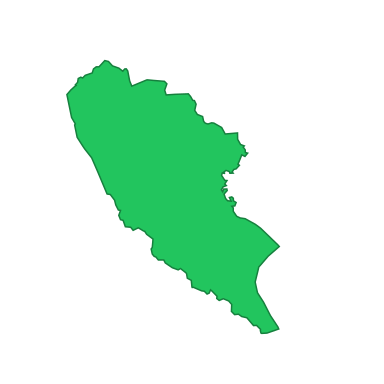 Añasco, Puerto Rico (Albers equal-area conic projection), rotated 229°
{"feature_id": "32010507B40456711023422", "entity_name": "Añasco", "entity_type": "district", "adm_level": 2, "iso_a3": "PRI", "parent_name": "Puerto Rico", "parent_adm1": "", "projection": "albers", "projection_center": [-67.133, 18.283], "detail": "fine", "context": "isolated", "style": "filled", "palette": "green", "viewbox_px": 384, "rotation_deg": 229, "n_neighbors": 0, "source": "geoboundaries", "source_scale": "gbopen_adm2", "svg_char_len": 2402}
<svg xmlns="http://www.w3.org/2000/svg" viewBox="0 0 384 384"><g transform="rotate(229 192 192)"><path d="M327.2,150.0L319.9,148.6L319.6,147.4L308.6,141.2L298.3,139.7L295.1,139.3L283.6,138.7L269.3,134.2L246.2,126.6L243.7,128.7L236.6,128.2L232.3,126.0L226.7,124.6L225.0,126.0L222.4,121.4L218.0,119.9L215.8,121.4L209.5,118.9L205.6,122.6L201.7,122.4L200.2,128.0L194.5,129.8L193.3,130.5L189.8,130.0L182.1,131.7L179.9,129.5L176.2,125.6L175.8,123.8L171.2,121.3L168.2,121.2L166.7,122.1L162.8,122.0L159.2,126.1L156.0,125.3L147.7,127.5L142.3,130.5L141.8,133.1L135.0,134.4L133.9,134.3L130.0,131.9L125.8,133.5L120.3,129.6L119.8,129.5L119.2,130.5L111.1,134.4L109.0,136.2L105.1,136.4L104.4,138.6L106.0,141.8L103.8,142.1L96.9,142.5L95.4,140.8L92.3,141.4L90.9,145.6L85.7,148.2L81.1,148.2L76.0,143.4L71.5,143.7L69.3,146.9L65.4,147.8L61.1,150.9L50.8,150.8L49.0,153.2L43.4,153.6L42.6,152.7L40.3,151.5L39.6,151.8L36.3,156.1L31.7,167.6L34.2,168.4L34.6,168.4L45.8,169.9L46.8,170.0L49.4,170.6L61.9,173.7L72.9,175.3L75.9,176.9L79.9,179.1L82.6,180.6L89.4,190.2L91.6,193.2L91.9,195.8L93.6,207.4L93.6,212.1L93.6,221.6L93.6,222.1L95.7,222.1L119.7,220.0L126.0,218.6L137.0,214.6L139.6,212.4L140.7,211.4L144.3,209.8L150.4,210.5L152.9,212.7L155.1,212.7L153.4,215.2L155.1,218.4L158.2,217.5L160.2,219.1L162.2,218.8L163.3,216.6L159.4,215.5L162.1,213.1L165.1,213.1L169.4,214.8L170.0,219.5L171.4,220.3L173.4,217.8L172.0,215.3L174.4,215.6L175.5,218.9L174.3,222.1L176.6,222.0L177.7,225.9L179.3,224.4L185.1,225.2L186.5,227.3L184.3,229.1L186.2,228.6L186.0,231.8L183.0,233.6L181.3,232.9L179.3,235.4L180.8,235.5L181.6,238.4L180.5,240.5L181.1,245.3L182.8,244.9L185.1,249.5L187.4,253.9L184.1,255.3L184.8,259.5L186.8,258.2L188.9,259.8L192.3,260.1L192.5,261.7L196.0,259.8L201.8,261.0L206.7,265.1L214.0,255.1L221.2,256.7L229.7,253.7L231.4,252.1L232.8,248.7L235.1,247.2L237.6,247.1L242.0,249.5L247.0,246.9L251.8,247.6L255.6,252.7L259.4,253.8L260.7,252.7L265.1,253.6L268.0,253.6L268.4,253.7L276.9,243.2L282.2,236.2L286.8,238.2L290.1,244.0L293.6,243.8L301.8,235.8L305.7,232.1L306.3,231.3L311.4,216.0L316.7,217.8L325.5,222.9L328.0,223.2L329.0,222.0L328.6,219.0L333.4,218.1L339.4,214.7L345.3,214.6L348.4,212.4L347.5,204.0L349.3,201.8L349.5,198.4L347.3,194.8L350.1,188.0L349.8,184.3L351.6,183.4L352.3,180.6L349.8,177.6L349.4,174.3L348.4,174.4L348.6,173.3L348.5,167.6L347.6,161.5L327.2,150.0Z" fill="#22c55e" stroke="#15803d" stroke-width="1.5"/></g></svg>